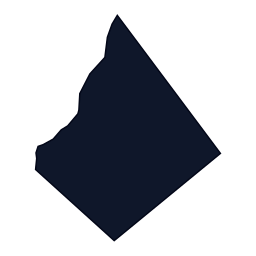 outline of 10 Ramadan 1, Al Qahirah, Egypt
{"feature_id": "37247803B47496652532681", "entity_name": "10 Ramadan 1", "entity_type": "district", "adm_level": 2, "iso_a3": "EGY", "parent_name": "Egypt", "parent_adm1": "Al Qahirah", "projection": "orthographic", "projection_center": [31.717, 30.222], "detail": "fine", "context": "isolated", "style": "filled", "palette": "ink", "viewbox_px": 256, "rotation_deg": 0, "n_neighbors": 0, "source": "geoboundaries", "source_scale": "gbopen_adm2", "svg_char_len": 364}
<svg xmlns="http://www.w3.org/2000/svg" viewBox="0 0 256 256"><path d="M35.6,169.5L111.9,238.5L114.2,240.6L220.4,153.4L117.3,15.4L114.6,19.9L112.1,24.1L107.4,37.2L104.9,57.4L89.9,73.9L79.8,93.6L78.9,110.0L77.9,113.8L67.7,125.9L61.3,129.8L53.2,139.1L43.0,144.7L38.1,146.4L36.0,152.9L36.7,158.4L35.6,169.5Z" fill="#0f172a" stroke="#020617" stroke-width="1.5"/></svg>